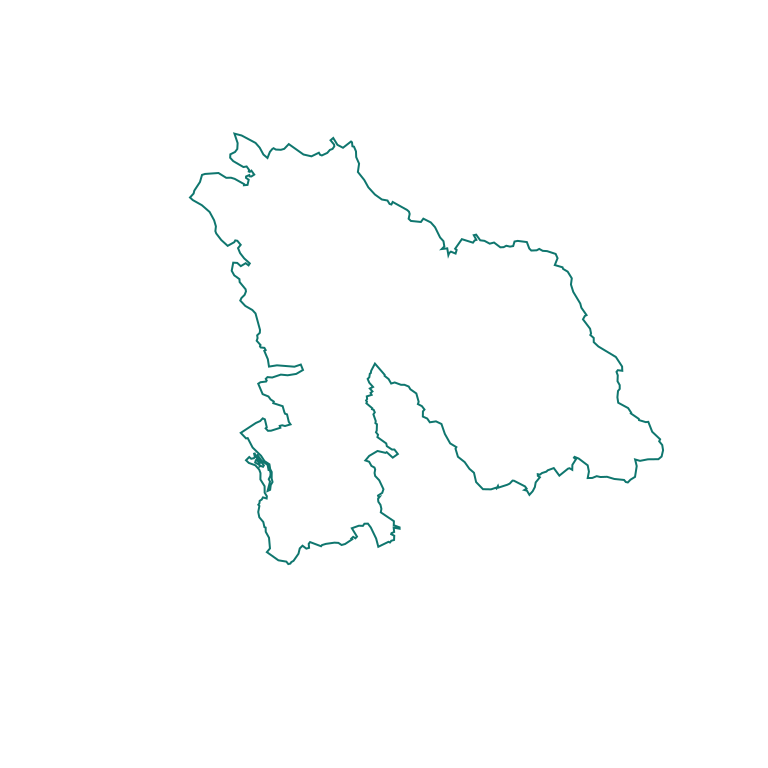 outline of Hida, Salaj, Romania, rotated 35°
{"feature_id": "2599482B84392497603638", "entity_name": "Hida", "entity_type": "district", "adm_level": 2, "iso_a3": "ROU", "parent_name": "Romania", "parent_adm1": "Salaj", "projection": "natural_earth1", "projection_center": [23.327, 47.064], "detail": "fine", "context": "isolated", "style": "outline", "palette": "teal", "viewbox_px": 768, "rotation_deg": 35, "n_neighbors": 0, "source": "geoboundaries", "source_scale": "gbopen_adm2", "svg_char_len": 6165}
<svg xmlns="http://www.w3.org/2000/svg" viewBox="0 0 768 768"><g transform="rotate(35 384 384)"><path d="M408.9,586.4L410.3,584.8L410.2,583.1L411.3,580.8L411.3,572.1L409.3,567.0L410.0,563.2L414.8,563.4L416.6,561.2L414.0,558.1L414.1,555.9L425.5,553.0L425.6,551.5L428.1,548.3L434.4,542.4L437.8,540.3L441.6,540.2L443.9,537.4L447.0,529.5L445.9,529.4L446.4,526.9L449.1,526.8L449.4,524.5L440.4,520.6L444.7,514.5L448.1,512.3L448.1,509.7L450.9,507.6L455.5,509.1L466.2,515.1L472.7,520.6L478.2,510.7L479.8,510.4L479.9,508.2L481.7,506.0L479.4,502.4L476.0,502.9L475.7,501.9L477.2,499.4L474.3,496.1L479.8,493.6L479.0,492.5L473.0,494.1L470.8,490.7L455.0,491.0L453.5,487.8L450.4,485.0L446.9,483.7L445.0,481.5L445.1,479.4L444.7,480.0L443.1,478.8L445.0,474.2L443.9,470.5L435.3,465.6L429.5,464.4L427.3,462.3L425.8,459.1L424.1,457.9L420.7,458.3L416.4,456.2L412.6,457.3L413.1,451.4L417.1,442.6L424.8,439.5L425.3,438.3L433.4,439.3L435.5,433.4L430.1,431.7L428.2,433.1L422.0,433.3L419.9,431.4L409.1,431.3L408.2,429.0L405.1,428.1L404.8,426.4L401.3,421.0L399.4,421.0L398.5,419.1L392.7,414.9L392.7,412.5L390.4,411.1L388.6,411.5L388.3,410.6L380.6,409.9L380.2,408.3L378.8,407.8L378.8,406.0L377.0,404.0L380.1,400.0L378.1,399.0L378.8,396.7L375.0,395.8L376.7,392.7L371.2,391.4L367.7,389.2L368.1,386.9L366.5,383.7L366.9,382.6L365.9,380.5L364.9,372.5L379.3,376.1L379.8,377.0L384.9,377.3L389.6,379.5L391.9,376.6L398.4,374.9L401.3,372.9L405.7,371.9L408.6,373.2L415.9,373.2L422.6,378.7L423.3,381.0L427.7,380.4L431.8,381.7L431.6,384.1L434.5,388.4L439.2,387.5L443.5,389.1L448.0,384.8L454.0,383.8L462.5,390.0L472.3,394.7L479.5,394.2L479.7,396.0L486.3,401.2L494.9,401.7L502.6,404.5L508.6,405.1L515.7,411.5L525.4,413.4L532.1,408.9L535.1,404.9L536.1,405.1L535.8,402.1L537.2,403.2L542.8,395.8L544.1,393.5L544.7,389.4L545.9,388.7L558.3,387.0L560.8,387.9L559.8,390.3L562.3,389.4L566.7,391.4L567.3,386.6L566.7,381.9L564.7,377.6L565.2,371.0L562.7,371.0L561.7,369.7L563.7,368.8L564.5,366.3L567.3,362.6L567.6,360.8L571.3,355.5L580.2,358.5L583.3,347.8L584.3,346.6L587.4,346.3L584.7,342.2L584.4,335.5L581.9,335.4L581.9,334.4L586.2,333.4L597.5,333.8L602.1,338.2L604.8,344.2L608.5,341.5L611.1,337.5L614.6,336.1L619.9,332.1L627.1,329.7L635.7,324.9L638.3,325.6L640.2,324.8L640.8,321.0L642.9,316.1L638.1,306.3L633.0,301.8L637.8,300.1L643.4,294.3L651.9,288.2L653.0,284.2L650.6,278.2L646.9,274.4L642.3,273.1L641.9,270.9L631.1,269.3L622.2,263.4L620.3,265.1L613.6,267.3L612.7,266.4L603.0,266.5L602.9,265.7L597.8,263.7L586.6,265.0L582.8,261.0L579.7,255.5L579.9,252.8L577.7,249.7L573.7,247.8L570.5,242.8L567.5,240.7L567.6,238.6L571.6,236.5L569.0,233.1L558.5,228.9L538.1,230.3L531.8,229.4L529.4,226.0L524.9,225.5L524.6,223.8L521.1,220.5L509.9,216.9L509.5,213.1L510.4,211.4L501.9,208.3L498.6,205.5L486.2,200.0L480.1,195.3L477.2,189.7L470.0,186.6L464.7,187.0L463.3,186.0L455.7,188.6L454.0,181.4L450.0,179.0L441.4,181.6L437.6,183.9L433.7,184.3L432.4,186.9L428.1,190.2L425.3,189.7L419.6,185.8L411.4,190.1L409.2,192.4L410.7,196.9L408.4,199.2L404.9,200.6L403.5,203.3L400.9,205.3L393.0,205.0L390.1,208.4L384.2,209.1L380.4,211.1L373.8,208.8L372.2,210.6L377.0,213.0L375.9,214.4L375.8,217.2L364.7,220.7L364.7,232.4L366.6,232.5L367.8,236.1L362.9,237.2L362.3,239.4L362.8,241.5L358.0,236.6L353.9,240.3L354.5,236.7L350.8,232.9L345.9,231.8L335.9,226.3L329.7,224.8L321.4,226.0L321.3,230.1L312.5,235.0L309.4,234.5L307.5,230.0L305.6,228.5L303.2,228.2L286.7,229.9L287.1,232.7L285.3,233.3L281.6,231.7L276.4,234.1L267.9,234.0L258.4,231.9L250.8,228.2L241.0,225.3L237.2,217.8L231.1,214.1L227.6,209.5L223.3,206.8L221.8,207.4L219.2,204.4L217.9,204.3L214.9,214.0L208.7,214.8L201.3,211.6L200.4,215.0L205.8,216.5L207.0,217.9L207.0,221.0L205.4,223.3L205.0,227.2L202.0,232.4L200.2,232.9L198.0,231.9L194.0,239.1L186.4,242.2L168.4,242.1L167.4,248.6L165.2,251.3L160.9,254.0L158.3,254.2L157.7,255.6L157.4,259.3L158.9,265.7L153.6,265.2L146.6,261.7L140.5,260.2L124.8,262.1L117.9,264.7L125.9,270.6L129.0,275.6L128.9,279.4L126.4,284.0L128.2,286.9L132.7,287.9L144.4,286.9L146.7,284.6L150.7,286.0L151.3,287.5L152.4,287.2L153.0,285.3L157.6,286.9L156.3,290.1L154.8,291.0L153.8,290.1L152.0,293.1L152.7,294.3L156.0,294.3L158.0,299.2L155.3,301.5L154.8,300.5L144.0,301.6L140.3,302.8L136.5,305.6L127.4,306.1L116.9,314.6L115.0,317.1L117.4,324.1L117.7,334.4L118.8,337.2L118.1,342.5L121.9,343.0L132.2,342.0L142.5,343.1L150.9,347.3L155.9,351.3L158.2,355.5L160.2,356.9L168.1,359.4L176.7,360.5L180.0,353.7L179.8,351.7L181.7,350.8L186.8,352.2L186.5,356.4L191.0,359.3L197.4,361.3L204.9,362.2L205.0,364.5L201.4,364.4L199.1,369.6L194.3,369.0L190.9,371.1L194.3,378.6L199.0,380.9L205.4,381.0L207.3,383.3L216.3,385.8L217.8,387.3L218.7,390.9L217.9,395.3L218.4,398.1L225.6,399.6L233.7,398.9L238.3,399.9L251.4,410.8L252.9,413.3L252.2,416.9L254.1,418.9L254.9,421.6L260.5,422.9L260.7,424.2L262.0,424.8L265.3,423.0L267.6,424.1L266.9,425.5L274.6,430.3L279.8,435.7L285.6,430.1L300.7,421.2L304.7,415.8L309.6,419.0L306.3,426.1L300.1,432.1L294.1,435.5L288.7,442.8L284.6,445.2L284.2,447.6L285.9,448.4L286.0,449.6L281.8,453.4L280.8,455.9L290.4,461.9L296.5,460.5L300.0,461.7L303.8,461.6L304.3,463.2L313.7,460.3L318.5,464.2L320.0,465.1L322.0,464.5L327.7,469.6L330.6,470.7L327.0,475.2L324.3,476.2L322.6,478.1L324.2,479.3L318.3,487.0L315.8,488.9L312.5,488.2L312.8,486.7L306.7,481.3L304.4,481.7L303.8,485.4L301.4,489.4L294.7,506.2L302.2,507.7L303.4,506.5L312.8,511.4L324.4,513.3L330.3,515.7L336.2,515.5L339.6,519.0L342.5,520.5L346.2,525.9L348.9,528.2L349.2,531.8L351.4,536.0L350.0,538.4L346.6,529.3L344.2,528.1L343.7,524.7L342.4,522.3L340.1,520.2L338.8,520.7L335.0,517.0L327.9,517.1L320.2,514.5L325.8,517.6L332.3,519.6L332.4,521.2L330.0,521.8L329.4,523.0L328.4,521.7L323.5,522.2L322.7,519.9L323.2,519.3L327.7,520.2L327.6,519.3L320.8,517.2L318.0,515.1L317.6,515.6L320.0,517.7L320.0,519.4L318.1,521.4L315.5,521.1L314.7,525.6L318.5,526.2L325.2,524.4L330.9,525.7L333.9,527.8L337.5,533.1L344.8,536.2L348.6,541.5L352.4,543.1L353.5,545.1L349.9,546.3L350.1,548.8L349.2,551.0L350.4,553.3L350.3,555.0L351.9,555.4L354.4,561.0L358.3,564.7L364.3,566.3L368.1,569.8L369.4,569.5L371.9,572.9L378.0,575.9L384.9,584.1L384.5,588.9L398.6,589.0L405.9,585.5L408.9,586.4Z" fill="none" stroke="#0f766e" stroke-width="2"/></g></svg>